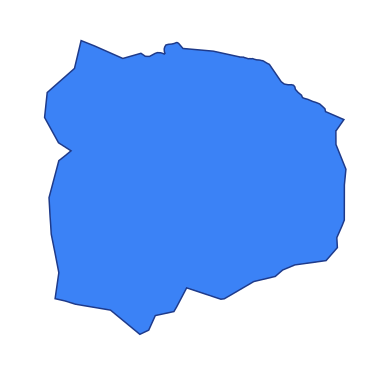 Jargalant, Hövsgöl, Mongolia (Robinson projection), rotated 96°
{"feature_id": "93677404B92593673240839", "entity_name": "Jargalant", "entity_type": "district", "adm_level": 2, "iso_a3": "MNG", "parent_name": "Mongolia", "parent_adm1": "Hövsgöl", "projection": "robinson", "projection_center": [99.301, 48.56], "detail": "fine", "context": "isolated", "style": "filled", "palette": "blue", "viewbox_px": 384, "rotation_deg": 96, "n_neighbors": 0, "source": "geoboundaries", "source_scale": "gbopen_adm2", "svg_char_len": 1438}
<svg xmlns="http://www.w3.org/2000/svg" viewBox="0 0 384 384"><g transform="rotate(96 192 192)"><path d="M232.1,41.6L222.3,43.2L209.8,39.2L204.0,37.6L169.0,41.2L153.3,41.3L129.7,53.8L116.2,55.3L116.2,55.2L104.1,48.5L98.1,67.6L95.3,68.5L93.3,71.1L91.1,74.2L90.3,76.9L89.9,78.4L89.3,81.5L87.8,86.3L87.1,90.3L86.6,91.9L85.7,92.5L84.3,93.2L83.5,94.4L81.8,97.0L79.1,99.9L76.7,100.7L75.2,102.2L74.9,104.3L75.3,107.6L75.0,111.5L73.0,114.8L72.9,114.9L57.0,128.4L56.1,130.8L55.2,132.7L54.2,134.8L54.0,135.8L54.0,136.7L53.8,137.8L53.7,138.9L53.8,141.5L53.5,143.7L53.0,145.7L53.3,147.0L53.3,148.4L53.6,150.0L53.0,152.7L52.9,153.8L52.5,154.7L52.8,158.5L52.7,158.5L49.7,185.6L50.2,216.0L45.9,220.5L45.0,221.9L45.0,223.1L46.1,225.1L47.0,227.7L47.6,230.9L48.5,233.3L50.7,234.3L52.7,234.6L55.0,234.2L57.0,233.4L57.7,234.0L57.3,235.2L56.8,237.7L57.0,241.0L58.1,243.3L60.1,246.2L61.6,248.4L61.8,250.6L61.9,252.7L60.5,255.2L59.4,257.3L66.4,274.7L66.4,274.8L56.9,304.3L53.0,318.1L81.4,321.8L108.2,346.4L133.3,346.4L157.0,329.9L163.7,316.6L170.4,323.2L174.7,327.7L212.6,333.6L231.1,330.6L239.6,329.1L248.6,327.6L267.8,321.6L286.2,316.0L312.4,317.0L313.6,307.0L315.8,296.1L315.8,295.9L318.0,260.7L339.0,229.0L333.9,220.6L318.8,215.6L318.7,215.5L312.8,197.5L308.2,195.4L287.9,187.3L295.6,152.1L294.8,148.7L274.6,121.2L267.3,100.5L267.3,100.4L260.1,93.7L253.7,82.0L253.7,81.9L246.2,51.5L232.1,41.6Z" fill="#3b82f6" stroke="#1e3a8a" stroke-width="1.5"/></g></svg>